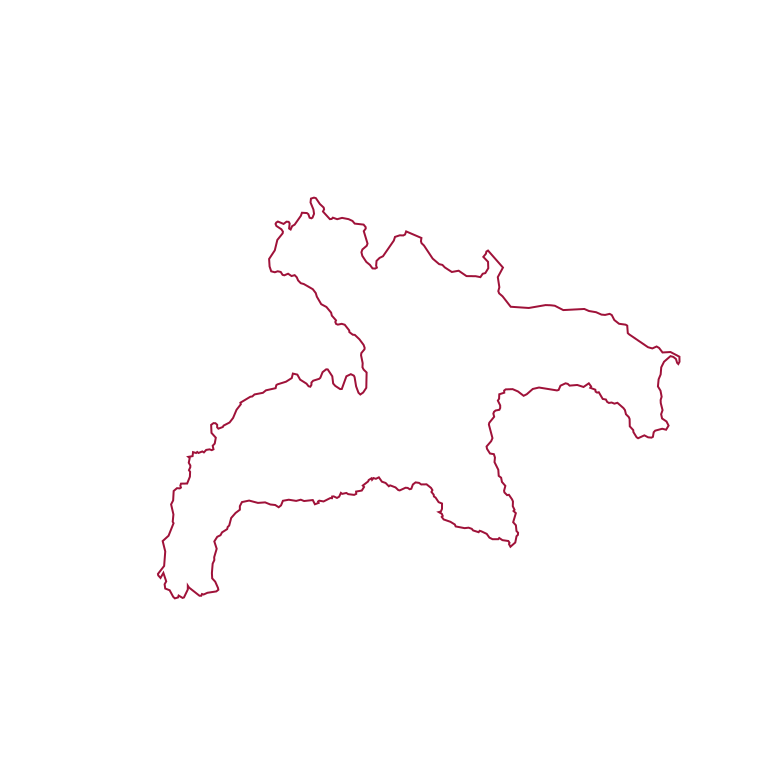 Porto Grande, Amapá, Brazil, rotated 337°
{"feature_id": "56859067B81686186446663", "entity_name": "Porto Grande", "entity_type": "district", "adm_level": 2, "iso_a3": "BRA", "parent_name": "Brazil", "parent_adm1": "Amapá", "projection": "natural_earth1", "projection_center": [-51.672, 0.615], "detail": "fine", "context": "isolated", "style": "outline", "palette": "rose", "viewbox_px": 768, "rotation_deg": 337, "n_neighbors": 0, "source": "geoboundaries", "source_scale": "gbopen_adm2", "svg_char_len": 6166}
<svg xmlns="http://www.w3.org/2000/svg" viewBox="0 0 768 768"><g transform="rotate(337 384 384)"><path d="M101.4,472.0L102.5,475.2L107.1,471.7L106.4,480.6L103.8,482.6L102.7,486.8L106.1,490.1L106.8,497.5L107.7,499.6L111.0,500.0L112.3,498.5L115.0,502.2L116.5,502.3L123.1,496.5L124.6,493.0L125.0,495.2L131.4,506.8L133.1,507.5L134.4,506.2L135.7,507.3L139.9,507.2L148.6,509.4L151.1,508.7L151.5,506.9L151.4,500.0L149.9,495.8L151.7,490.8L156.1,482.4L159.0,479.8L160.0,477.1L165.6,470.3L166.3,462.6L170.8,459.5L174.4,459.3L176.9,457.3L182.9,456.3L184.3,454.5L186.2,453.8L191.0,447.6L197.0,444.7L202.2,443.4L203.6,440.1L207.1,437.2L214.3,438.6L221.5,444.2L228.3,446.5L232.3,450.5L236.6,452.9L238.9,456.3L241.8,455.5L245.3,452.0L251.1,453.3L257.5,457.3L262.2,458.0L264.7,460.5L273.1,463.0L273.4,467.7L277.4,467.9L277.4,466.4L278.8,466.1L282.5,468.5L290.0,468.0L291.5,468.8L292.3,467.3L293.8,467.8L296.2,470.5L298.7,470.2L301.8,467.4L302.6,468.8L306.8,469.6L308.0,471.4L313.2,474.4L315.5,474.3L316.3,472.1L321.9,473.4L325.4,471.0L324.8,469.2L331.3,467.5L332.4,466.4L335.7,465.9L335.6,467.5L337.6,466.5L339.5,468.1L342.8,467.9L343.9,473.1L346.8,475.7L348.5,480.0L350.0,479.7L351.0,480.6L354.2,483.7L355.7,487.2L356.9,488.1L363.3,487.9L365.2,488.9L366.5,490.9L368.2,491.1L371.3,487.8L374.6,486.9L377.6,488.7L379.0,491.0L384.0,493.0L386.7,498.0L387.1,500.6L385.5,501.9L386.5,505.3L386.0,507.0L387.1,508.7L388.1,514.1L390.7,516.7L388.6,521.6L386.5,523.6L384.4,523.3L386.5,526.1L386.5,528.4L385.2,528.9L386.0,532.0L391.3,536.8L394.3,541.0L394.3,543.1L401.9,548.2L405.7,549.3L408.2,551.6L408.8,553.6L413.2,557.4L414.7,556.5L416.0,557.6L420.0,562.1L421.0,566.6L423.3,569.3L428.5,571.5L429.9,570.8L432.0,574.0L437.1,577.1L437.5,579.2L436.5,580.2L436.8,583.2L442.9,581.2L446.5,575.9L448.3,575.2L449.3,573.3L448.5,571.1L450.2,565.6L448.9,561.7L454.9,554.4L453.6,551.5L455.0,550.8L454.8,546.8L456.8,542.5L456.8,540.3L455.7,534.8L453.9,534.4L452.5,530.9L452.8,529.2L455.9,525.2L454.3,520.2L455.2,516.0L453.7,513.4L455.7,507.6L455.2,499.1L457.4,495.0L457.7,491.5L454.4,489.4L453.5,483.9L454.0,481.6L460.3,478.5L462.7,476.2L464.7,462.3L465.8,460.8L472.6,457.2L473.1,454.0L474.4,452.6L476.3,452.0L480.1,452.8L481.6,451.5L482.6,449.1L482.3,443.8L484.2,442.5L486.1,438.5L491.3,439.0L492.0,437.0L493.9,436.5L500.4,439.0L504.4,443.2L507.9,449.4L511.4,449.2L519.0,446.7L525.3,447.8L540.7,457.5L542.4,457.7L545.8,454.5L551.4,454.3L553.2,455.7L554.2,458.0L561.5,460.4L566.5,464.7L572.8,463.4L573.7,467.2L572.4,468.1L576.3,471.8L575.8,473.7L576.8,475.2L578.5,475.5L579.5,483.2L582.2,485.0L582.4,487.6L583.6,489.3L586.3,490.0L588.4,492.1L591.5,492.5L595.0,499.7L595.6,502.2L594.9,506.4L596.4,510.1L596.4,512.2L593.7,519.0L595.4,523.8L594.8,525.7L595.7,531.7L596.7,533.2L603.6,533.0L606.3,536.3L609.3,537.9L610.9,537.7L613.4,533.8L615.4,532.9L622.6,533.9L625.8,536.3L629.7,533.5L629.4,528.9L626.5,524.4L627.3,520.1L630.2,516.9L631.3,509.7L632.4,506.8L634.6,504.2L635.9,498.2L635.2,493.3L638.6,487.0L642.4,483.3L645.7,477.0L650.5,472.9L658.6,470.3L660.9,472.1L662.5,475.1L662.1,479.0L662.7,480.6L664.7,479.0L666.6,474.3L660.2,466.5L652.7,463.8L651.3,458.3L649.6,456.0L644.9,456.1L641.4,453.3L629.0,434.0L628.3,432.4L630.7,425.3L629.6,423.8L623.9,420.4L621.0,415.1L620.6,409.5L619.1,407.6L614.5,406.8L611.3,405.1L607.3,400.8L601.2,396.9L597.7,393.2L577.9,386.0L571.8,378.7L568.3,376.7L563.6,374.5L547.0,370.6L530.8,362.4L527.4,349.6L525.4,345.6L525.5,343.2L528.0,340.0L530.5,330.1L539.0,323.3L531.9,301.8L530.0,302.1L528.7,303.9L525.1,305.8L527.5,312.2L525.2,318.2L520.6,321.5L517.9,321.1L514.5,323.3L510.5,320.6L502.1,316.9L497.0,308.9L490.2,307.4L485.5,300.4L484.3,297.2L481.6,295.2L477.8,287.6L474.9,272.1L473.6,269.1L473.8,267.0L475.5,264.2L464.0,252.2L461.8,254.6L459.8,254.8L456.6,253.3L451.6,252.9L449.1,255.8L433.0,266.0L429.2,266.2L425.2,267.8L423.0,272.0L422.9,274.1L421.0,274.3L418.6,273.1L417.6,268.9L415.4,264.7L414.1,257.6L414.7,253.9L416.7,251.7L422.1,250.0L423.7,248.3L425.1,235.4L427.9,233.8L428.4,232.4L427.5,229.3L419.7,224.9L418.7,221.6L415.8,218.4L410.3,214.7L405.3,214.0L401.9,210.9L400.3,211.6L398.6,211.1L395.2,201.4L397.1,199.8L397.4,198.0L395.3,193.3L393.9,186.3L392.4,185.1L389.2,184.8L387.3,188.2L387.2,195.9L386.1,200.0L383.2,202.9L381.9,203.1L380.5,201.9L380.7,198.1L379.8,196.5L375.4,194.3L373.2,196.7L364.0,202.4L361.1,202.8L358.4,205.3L357.4,203.8L359.9,199.3L359.6,197.5L357.7,196.5L354.1,197.4L349.8,193.0L347.9,193.3L346.7,194.3L346.7,196.5L350.0,201.5L350.5,204.2L349.6,205.7L342.1,209.7L335.7,218.3L327.1,224.0L324.6,231.1L324.2,236.2L327.2,238.5L330.2,238.7L332.7,240.5L333.3,243.9L334.7,245.0L338.8,245.0L341.1,248.5L344.3,248.9L345.4,251.7L345.4,255.1L346.8,258.7L349.2,260.6L355.5,268.9L356.7,273.6L356.3,277.4L357.4,286.0L361.1,290.6L363.2,297.6L362.7,300.7L364.7,306.7L363.4,307.9L363.4,310.0L364.7,311.3L368.6,312.1L371.0,314.1L372.9,321.1L372.4,322.7L374.5,326.4L376.3,327.4L378.8,333.1L380.5,340.0L380.3,343.2L379.6,344.4L375.2,346.7L374.1,348.6L372.5,356.5L370.7,360.2L370.9,362.8L372.5,366.6L366.2,380.6L361.5,383.7L358.1,384.4L357.1,382.1L357.4,375.3L359.6,366.2L359.5,364.5L357.3,362.0L352.4,362.2L343.2,372.1L341.6,371.5L338.4,366.7L337.4,363.7L339.4,356.7L337.9,348.6L336.5,347.9L332.1,349.1L327.8,353.4L326.3,353.9L320.1,353.3L317.8,354.3L316.8,356.5L315.1,357.7L313.7,356.6L312.8,353.4L308.5,347.2L307.9,341.5L304.2,338.8L301.4,342.5L294.7,343.6L285.7,342.7L284.4,343.0L282.6,345.5L272.9,343.7L269.1,344.8L260.7,343.0L257.9,344.0L256.0,343.5L244.5,345.1L244.3,346.7L238.2,350.1L231.8,356.3L226.8,359.1L220.1,359.6L218.8,360.6L214.1,360.4L213.5,358.7L214.5,356.3L213.5,354.2L211.7,353.4L208.9,354.1L206.1,361.6L208.2,367.7L204.9,372.7L202.2,373.9L201.5,377.5L199.6,377.6L197.9,376.0L194.6,375.2L191.5,376.6L190.4,375.1L186.3,375.0L185.5,373.6L184.1,374.1L181.6,372.1L179.6,375.6L175.4,374.6L176.2,376.3L173.5,380.2L173.9,383.3L173.2,384.9L170.8,387.1L171.2,389.1L169.1,393.5L163.9,398.7L158.2,396.4L156.8,398.0L156.6,400.0L155.2,400.3L152.7,399.0L148.6,400.3L144.4,408.8L141.0,411.6L139.2,421.8L135.7,428.2L135.9,429.9L126.4,439.5L118.9,442.1L117.2,452.7L110.5,465.6L101.7,470.5L101.4,472.0Z" fill="none" stroke="#9f1239" stroke-width="2"/></g></svg>